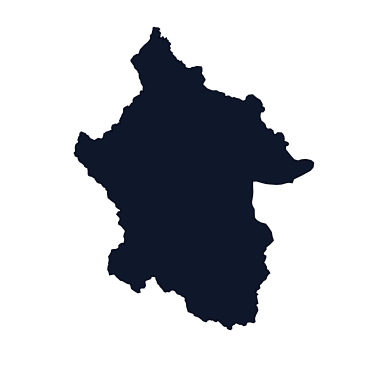 the district of Hulu Perak, Perak, Malaysia, rotated 125°
{"feature_id": "92858781B35407838405861", "entity_name": "Hulu Perak", "entity_type": "district", "adm_level": 2, "iso_a3": "MYS", "parent_name": "Malaysia", "parent_adm1": "Perak", "projection": "albers", "projection_center": [101.278, 5.451], "detail": "fine", "context": "isolated", "style": "filled", "palette": "ink", "viewbox_px": 384, "rotation_deg": 125, "n_neighbors": 0, "source": "geoboundaries", "source_scale": "gbopen_adm2", "svg_char_len": 5944}
<svg xmlns="http://www.w3.org/2000/svg" viewBox="0 0 384 384"><g transform="rotate(125 192 192)"><path d="M290.5,112.6L290.5,110.5L290.8,109.7L290.8,108.9L290.1,106.3L289.6,106.0L288.9,106.1L287.8,106.1L287.3,105.3L286.4,104.9L285.8,104.4L285.7,102.8L284.6,101.8L284.6,99.1L284.3,98.2L283.8,97.7L283.1,98.4L282.3,98.2L282.1,95.9L282.5,93.5L282.5,92.4L282.7,91.4L283.1,90.3L283.2,88.8L283.0,88.0L282.2,87.3L282.1,86.5L282.3,85.5L283.2,84.6L283.0,82.8L282.3,81.5L280.9,81.4L279.8,82.6L278.9,82.7L277.4,82.6L276.0,81.6L274.2,81.5L273.5,80.5L272.8,76.8L271.8,76.0L271.6,73.0L270.1,71.8L268.0,72.3L266.7,72.3L264.8,70.0L263.6,66.8L262.2,66.2L259.8,68.5L256.8,69.5L251.3,70.4L249.1,72.8L248.9,74.2L248.0,75.0L246.7,75.3L245.6,74.4L240.3,79.9L239.6,80.0L238.3,79.7L238.1,82.7L237.6,83.1L236.2,82.5L235.2,83.1L233.7,82.0L231.8,81.6L229.8,83.7L228.6,83.6L227.2,83.0L224.5,83.0L223.1,82.6L221.8,81.9L220.4,81.8L218.5,82.5L217.0,82.6L215.2,82.5L214.0,82.0L212.8,84.3L212.8,86.9L210.9,88.1L209.7,90.4L209.3,91.4L209.2,92.8L208.5,93.2L207.1,93.2L204.1,93.9L202.3,94.8L202.6,96.7L202.3,98.0L201.0,99.0L196.8,98.6L194.6,100.0L190.2,98.6L185.1,97.8L182.9,100.8L179.6,104.1L177.8,108.5L176.3,113.2L178.1,118.0L178.5,122.8L177.4,126.4L170.8,131.2L169.0,134.9L166.8,137.4L160.5,140.4L156.9,142.6L153.2,145.5L148.4,148.8L145.9,145.9L142.6,136.7L140.4,132.7L137.1,127.2L134.1,123.5L130.1,120.2L128.3,118.4L126.8,115.4L123.1,116.5L114.7,111.8L106.3,107.7L102.2,107.3L98.5,109.2L98.2,112.5L100.0,116.9L102.6,120.2L105.9,122.8L107.3,126.8L106.2,131.6L103.7,140.0L101.9,141.2L100.4,142.0L98.9,140.6L97.4,140.6L96.8,142.0L97.4,144.2L98.2,145.7L95.6,147.2L94.1,148.6L92.9,150.7L92.5,152.6L94.4,155.6L97.7,156.4L97.9,158.2L96.5,160.0L95.6,160.9L95.5,163.9L96.8,165.1L97.4,166.6L97.1,168.3L96.2,169.6L94.9,171.1L94.5,173.2L94.4,176.1L93.0,178.0L91.5,179.7L89.9,180.7L88.2,181.5L86.7,181.6L85.4,180.0L83.3,179.8L81.8,181.2L82.1,184.0L80.0,184.9L78.0,188.9L78.3,193.4L77.8,198.0L80.4,200.9L83.0,201.6L86.1,200.4L87.8,201.5L88.7,202.8L89.0,206.6L90.4,209.9L90.5,211.2L91.0,212.1L91.9,212.1L92.3,213.2L92.4,216.6L93.2,217.8L94.1,218.3L94.7,219.6L94.8,220.6L93.6,221.1L93.1,221.9L93.4,223.4L94.2,225.5L95.0,226.6L95.1,229.5L95.7,230.7L96.7,231.6L98.2,234.5L98.4,236.1L99.0,238.4L99.0,239.6L98.4,242.5L98.5,244.1L97.4,245.3L96.1,245.6L92.8,245.8L92.2,246.4L91.6,248.2L90.9,249.3L90.1,252.1L88.9,253.0L87.5,253.3L85.0,255.2L84.4,256.1L86.9,260.4L88.0,260.7L90.2,263.3L91.7,263.6L93.4,266.2L93.8,268.4L94.3,268.7L93.6,269.6L92.6,270.2L92.1,271.0L92.3,273.3L91.8,274.6L91.1,275.7L91.8,276.3L92.7,276.7L92.2,278.4L92.8,280.8L91.8,281.8L91.3,282.9L91.3,284.4L90.8,285.5L91.4,286.4L90.9,287.2L89.4,288.1L89.5,289.7L88.6,292.3L86.7,292.5L85.6,294.6L84.7,294.8L83.5,294.5L82.9,295.1L82.7,296.5L83.0,297.4L82.5,298.1L81.8,298.5L81.9,299.5L81.8,300.3L80.8,301.3L82.7,302.2L83.3,302.8L82.1,304.0L81.8,304.8L83.8,305.1L84.0,306.4L84.5,307.5L82.5,308.0L81.3,308.8L80.1,309.0L79.7,310.0L79.7,310.9L80.2,311.3L80.0,312.0L79.5,312.4L79.0,312.5L77.7,311.8L77.2,312.2L77.1,313.6L78.7,316.0L78.8,317.0L79.6,317.8L80.6,317.3L81.1,316.9L82.2,316.4L82.7,316.4L85.0,315.2L87.7,315.6L88.6,314.7L90.3,313.5L92.5,313.5L94.9,313.7L99.3,314.9L105.1,315.7L108.7,314.5L110.2,314.7L111.2,316.0L112.4,316.6L114.4,317.4L116.8,317.2L118.3,317.5L119.6,317.0L120.3,314.9L120.9,313.5L121.2,312.0L122.4,310.8L123.1,309.5L123.2,307.9L123.6,305.8L124.5,304.8L124.8,303.3L127.5,301.3L128.8,300.1L129.4,298.3L130.3,297.3L131.5,296.2L132.5,294.1L133.1,292.4L136.9,290.0L138.0,289.8L138.5,291.5L139.9,291.5L141.3,290.2L142.2,290.0L143.9,291.1L148.2,293.2L150.5,292.8L151.8,291.6L152.7,291.2L154.2,292.2L157.8,292.0L158.9,292.6L158.7,293.9L161.6,295.4L163.2,295.5L165.0,294.1L166.4,293.4L169.5,293.2L171.3,292.4L172.4,292.7L173.6,292.1L174.8,292.2L176.0,290.9L177.0,290.6L177.8,291.6L179.5,291.7L180.3,292.6L180.5,293.6L182.1,294.4L182.6,295.1L184.0,295.0L185.5,294.4L186.6,293.1L187.3,292.6L188.5,293.7L190.6,294.9L192.2,296.4L193.9,296.7L194.7,297.3L197.1,296.2L198.4,295.8L199.9,295.8L201.1,296.8L201.5,298.3L202.1,299.5L206.1,301.2L207.0,306.3L205.7,309.6L206.3,310.9L205.6,312.6L206.5,317.0L208.3,317.2L209.4,316.5L210.2,315.9L211.8,316.1L213.3,315.5L214.7,315.2L215.0,313.9L216.9,312.9L217.4,313.4L219.2,314.0L220.4,313.9L222.4,312.9L225.0,310.8L226.5,310.1L227.1,310.8L228.1,310.1L228.2,309.0L229.2,308.4L229.0,307.1L228.2,306.2L228.7,305.3L230.4,303.5L231.0,302.3L231.3,300.9L231.1,298.2L231.4,296.7L231.4,295.6L232.3,294.7L232.4,293.4L232.0,292.3L232.0,290.9L234.3,288.8L236.8,287.1L237.4,286.1L237.2,284.9L236.3,282.8L236.4,281.1L235.9,280.0L236.8,278.6L238.1,275.3L237.9,273.6L237.2,272.2L236.9,270.9L237.6,269.7L238.3,267.2L237.5,265.1L239.2,263.8L239.2,261.6L241.0,260.6L242.8,259.1L244.6,257.3L245.0,251.9L244.9,249.2L245.6,247.4L247.4,245.7L247.6,243.0L247.3,240.9L248.0,238.9L249.8,239.8L250.6,240.7L253.3,240.7L254.2,236.2L255.7,234.9L257.0,234.6L259.0,234.6L260.2,233.5L260.0,230.5L261.7,224.3L262.9,223.6L265.2,223.1L267.4,222.2L268.5,220.4L270.3,219.1L273.4,218.0L274.3,219.7L275.8,220.7L277.9,221.0L279.3,219.7L281.7,220.3L283.5,221.9L284.4,223.4L285.8,224.3L287.6,223.3L290.6,223.0L292.7,223.0L294.2,221.2L296.1,220.0L297.9,219.4L299.1,218.2L300.9,217.9L303.9,216.2L304.8,214.2L306.9,212.0L305.0,210.3L303.8,208.8L303.5,208.1L304.4,205.4L305.1,200.0L304.2,197.9L303.9,193.7L303.6,192.1L302.9,190.8L302.7,189.3L305.6,186.0L305.7,182.5L305.4,178.6L303.9,177.3L302.0,179.4L300.0,179.2L297.9,176.4L295.6,176.5L292.6,179.5L290.8,179.4L286.8,176.5L284.1,177.1L282.0,173.2L283.9,171.3L284.8,169.5L285.9,168.3L286.6,166.8L286.6,165.0L287.5,163.9L288.0,160.7L289.2,157.7L289.0,156.4L287.5,155.5L286.9,153.8L283.6,152.6L282.8,151.1L282.4,149.2L283.6,145.7L282.5,142.4L282.8,140.6L282.2,138.1L283.1,135.5L284.4,135.6L286.0,132.8L287.5,131.4L288.8,130.4L291.9,126.4L290.6,121.8L290.5,120.2L291.5,119.5L291.4,118.1L290.7,116.3L290.3,113.9L290.5,112.6Z" fill="#0f172a" stroke="#020617" stroke-width="1.5"/></g></svg>